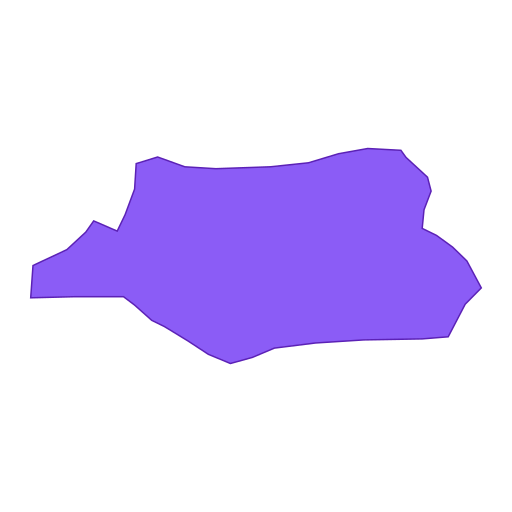 outline of Kil, Värmland, Sweden
{"feature_id": "70781695B19557897917232", "entity_name": "Kil", "entity_type": "district", "adm_level": 2, "iso_a3": "SWE", "parent_name": "Sweden", "parent_adm1": "Värmland", "projection": "natural_earth1", "projection_center": [13.218, 59.582], "detail": "fine", "context": "isolated", "style": "filled", "palette": "violet", "viewbox_px": 512, "rotation_deg": 0, "n_neighbors": 0, "source": "geoboundaries", "source_scale": "gbopen_adm2", "svg_char_len": 629}
<svg xmlns="http://www.w3.org/2000/svg" viewBox="0 0 512 512"><path d="M33.0,265.5L30.7,297.8L74.7,296.7L123.5,296.7L134.5,305.0L151.8,320.4L164.3,326.5L187.9,340.9L208.3,354.3L230.4,363.5L252.4,357.4L274.4,348.1L315.3,343.0L364.0,339.9L422.2,338.9L448.2,336.8L465.2,304.2L481.3,287.9L466.9,261.0L452.6,247.1L436.5,235.4L422.2,228.4L424.0,209.8L431.1,191.1L427.5,177.2L406.0,157.4L400.9,150.3L367.7,148.5L338.6,153.7L308.4,162.8L270.2,166.8L215.9,168.7L184.8,166.8L157.6,157.0L136.2,163.6L134.6,189.1L125.1,214.7L117.2,231.1L93.7,220.9L85.8,232.1L66.9,249.6L33.0,265.5Z" fill="#8b5cf6" stroke="#5b21b6" stroke-width="1.5"/></svg>